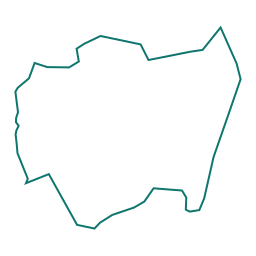 Hampton, Virginia, United States of America
{"feature_id": "52423323B9721740762179", "entity_name": "Hampton", "entity_type": "district", "adm_level": 2, "iso_a3": "USA", "parent_name": "United States of America", "parent_adm1": "Virginia", "projection": "orthographic", "projection_center": [-76.376, 37.054], "detail": "fine", "context": "isolated", "style": "outline", "palette": "teal", "viewbox_px": 256, "rotation_deg": 0, "n_neighbors": 0, "source": "geoboundaries", "source_scale": "gbopen_adm2", "svg_char_len": 638}
<svg xmlns="http://www.w3.org/2000/svg" viewBox="0 0 256 256"><path d="M84.4,43.7L76.6,48.7L78.8,61.5L69.1,67.4L47.2,67.1L34.6,63.0L29.0,78.3L17.7,87.8L15.4,91.7L18.0,112.2L16.1,118.1L16.0,122.2L18.6,125.8L16.4,130.5L15.6,134.3L16.7,144.2L17.5,153.2L27.8,178.8L26.0,183.2L48.8,174.1L77.1,224.9L94.5,228.5L100.0,222.7L112.3,214.9L133.9,207.6L144.3,201.6L153.6,188.3L167.6,189.4L182.0,190.5L186.3,197.6L185.8,209.6L189.6,211.6L199.3,210.1L204.2,198.3L213.6,156.9L216.8,147.8L228.9,113.1L240.6,79.2L236.6,63.5L220.6,27.5L202.6,49.9L189.8,51.8L148.5,60.0L140.6,44.4L100.5,36.0L84.4,43.7Z" fill="none" stroke="#0f766e" stroke-width="2"/></svg>